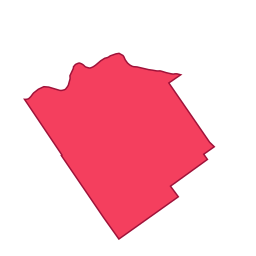 outline of Monroe, Ohio, United States of America, rotated 233°
{"feature_id": "52423323B17076198557768", "entity_name": "Monroe", "entity_type": "district", "adm_level": 2, "iso_a3": "USA", "parent_name": "United States of America", "parent_adm1": "Ohio", "projection": "equal_earth", "projection_center": [-80.93, 39.705], "detail": "fine", "context": "isolated", "style": "filled", "palette": "rose", "viewbox_px": 256, "rotation_deg": 233, "n_neighbors": 0, "source": "geoboundaries", "source_scale": "gbopen_adm2", "svg_char_len": 1057}
<svg xmlns="http://www.w3.org/2000/svg" viewBox="0 0 256 256"><g transform="rotate(233 128 128)"><path d="M213.2,62.6L146.2,59.0L146.2,58.2L70.9,54.6L44.8,53.9L42.8,126.8L56.0,126.9L55.1,172.5L61.5,172.7L61.1,185.6L67.5,184.6L139.4,187.7L138.8,202.1L141.7,199.8L142.9,198.3L143.8,196.6L145.2,195.2L149.1,191.9L153.1,189.0L154.2,188.1L156.2,185.4L159.3,182.5L162.2,179.6L171.3,172.0L173.6,169.4L174.9,168.4L177.4,167.3L180.2,166.7L184.1,166.8L187.5,167.6L189.0,167.6L193.0,165.8L194.5,162.9L196.2,157.6L196.4,156.3L196.3,155.8L196.6,154.0L197.7,151.4L198.1,146.9L197.7,139.8L197.8,137.7L198.0,136.2L198.7,133.8L199.4,133.0L201.8,131.2L202.7,130.7L205.2,130.3L207.1,129.6L208.9,128.5L209.6,127.5L210.3,124.8L210.3,123.8L209.7,121.3L209.0,120.7L208.7,120.4L208.0,119.3L204.7,113.1L202.4,111.6L201.8,110.9L198.1,106.1L197.4,104.4L196.6,101.5L196.8,100.2L197.8,97.8L198.9,96.3L208.4,89.3L211.6,85.7L211.9,84.6L212.9,79.8L212.8,73.9L212.6,72.8L211.5,69.0L211.2,66.4L211.5,65.2L212.2,63.9L213.2,62.6Z" fill="#f43f5e" stroke="#9f1239" stroke-width="1.5"/></g></svg>